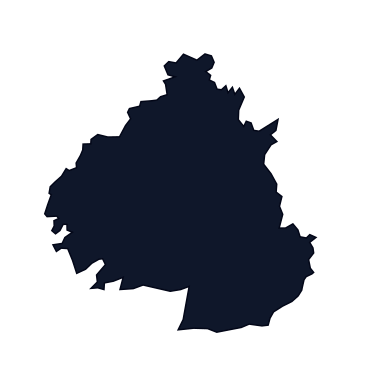 Guzar, Kashkadarya, Uzbekistan, rotated 285°
{"feature_id": "79887680B36641058684147", "entity_name": "Guzar", "entity_type": "district", "adm_level": 2, "iso_a3": "UZB", "parent_name": "Uzbekistan", "parent_adm1": "Kashkadarya", "projection": "natural_earth1", "projection_center": [66.156, 38.52], "detail": "fine", "context": "isolated", "style": "filled", "palette": "ink", "viewbox_px": 384, "rotation_deg": 285, "n_neighbors": 0, "source": "geoboundaries", "source_scale": "gbopen_adm2", "svg_char_len": 1878}
<svg xmlns="http://www.w3.org/2000/svg" viewBox="0 0 384 384"><g transform="rotate(285 192 192)"><path d="M83.1,300.0L90.3,300.0L97.3,301.8L105.1,308.9L112.1,316.8L119.1,321.4L125.6,323.4L128.1,323.2L136.2,322.9L139.8,324.2L143.9,329.0L145.8,330.3L149.0,326.0L156.9,322.1L164.6,325.3L169.3,323.3L173.8,318.7L180.2,323.5L181.3,316.8L177.2,314.4L176.7,308.0L182.8,304.1L187.3,297.7L181.3,291.6L179.7,285.5L193.9,285.4L200.8,280.2L210.9,280.0L213.7,273.3L221.5,271.8L230.1,263.6L237.4,254.0L246.9,252.5L258.0,256.1L262.7,260.9L267.5,252.9L273.2,257.1L284.4,256.3L268.1,241.1L267.5,235.7L274.0,231.2L274.4,226.1L268.7,225.0L273.9,218.0L283.1,215.9L297.3,217.9L304.5,211.0L297.4,208.1L303.6,203.9L297.2,201.1L303.4,197.2L298.4,194.0L297.8,189.6L303.6,185.4L304.7,179.7L309.5,179.8L311.9,174.1L316.9,179.0L323.0,179.8L328.5,175.5L328.7,168.8L320.6,162.6L322.9,148.1L312.5,143.2L311.9,135.8L306.6,132.6L299.0,138.5L298.9,145.9L291.9,135.7L289.2,138.6L279.6,142.8L275.9,137.0L271.6,134.2L269.3,128.4L266.1,119.3L261.3,119.2L256.4,110.0L252.3,109.2L246.8,113.8L239.0,110.6L226.5,107.7L223.3,96.5L223.1,86.1L216.7,80.9L212.3,81.8L210.1,74.4L204.3,75.6L198.5,74.8L190.0,72.6L185.6,74.2L180.9,67.8L182.0,64.4L173.5,61.9L166.2,57.1L160.4,53.7L153.8,54.3L152.9,56.8L142.3,55.9L132.8,55.4L130.7,58.4L133.7,67.6L131.9,70.2L128.6,66.1L123.5,67.7L118.4,66.6L116.3,71.0L120.6,74.4L127.4,75.9L128.4,79.6L122.9,81.2L122.2,86.9L115.1,81.0L108.7,79.9L105.0,71.4L99.5,76.4L103.9,80.2L105.2,86.6L95.2,94.2L83.6,101.7L89.9,109.2L97.3,113.7L103.0,119.5L104.4,122.9L99.5,127.2L87.1,121.3L80.6,123.9L72.8,119.4L75.1,125.8L75.0,132.2L81.5,130.9L85.5,139.1L91.8,147.6L79.2,147.7L83.5,160.3L89.5,168.8L90.5,196.7L94.8,206.2L100.1,213.7L66.5,216.5L55.3,214.3L60.9,228.9L64.1,242.4L63.0,252.2L69.6,265.7L73.9,274.6L79.2,281.4L80.8,294.2L83.1,300.0Z" fill="#0f172a" stroke="#020617" stroke-width="1.5"/></g></svg>